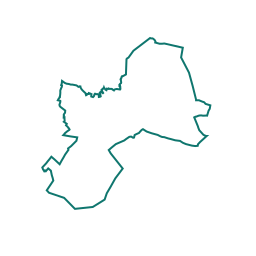 outline of Njikoka, Anambra, Nigeria, rotated 198°
{"feature_id": "59680162B42022523568798", "entity_name": "Njikoka", "entity_type": "district", "adm_level": 2, "iso_a3": "NGA", "parent_name": "Nigeria", "parent_adm1": "Anambra", "projection": "albers", "projection_center": [7.011, 6.187], "detail": "fine", "context": "isolated", "style": "outline", "palette": "teal", "viewbox_px": 256, "rotation_deg": 198, "n_neighbors": 0, "source": "geoboundaries", "source_scale": "gbopen_adm2", "svg_char_len": 3615}
<svg xmlns="http://www.w3.org/2000/svg" viewBox="0 0 256 256"><g transform="rotate(198 128 128)"><path d="M100.7,221.3L119.5,219.6L121.6,218.7L123.9,217.9L128.5,217.7L128.5,218.6L129.7,219.8L131.4,220.6L132.4,220.8L133.9,220.3L134.8,220.4L146.7,203.2L149.3,195.1L150.3,194.0L150.7,193.0L146.5,178.3L148.9,175.7L149.6,175.5L149.7,175.0L149.9,174.5L149.7,174.0L149.7,173.6L150.1,172.8L149.8,172.2L150.0,171.7L149.5,171.2L149.0,170.1L148.6,169.4L148.5,168.5L149.1,167.7L149.5,166.4L148.8,166.1L148.7,165.9L149.0,165.7L149.1,165.4L149.0,165.0L147.9,164.5L147.9,164.2L147.8,163.4L147.3,162.9L147.4,162.2L147.7,162.1L148.6,162.0L149.5,161.8L150.5,161.7L151.4,161.3L152.3,160.7L152.8,160.3L153.0,159.4L154.0,159.7L154.5,159.7L155.0,160.1L155.9,160.1L156.7,159.8L157.5,159.5L158.6,159.6L158.7,159.1L159.0,159.0L160.2,158.9L160.2,157.3L161.3,157.5L162.4,158.4L162.9,158.5L163.4,159.1L163.4,158.3L164.1,157.7L163.9,157.5L164.2,157.0L164.9,156.0L164.4,155.5L163.3,154.4L162.4,153.6L161.9,153.1L162.5,153.3L163.6,153.7L164.5,154.1L164.9,154.3L165.8,152.9L165.7,152.4L165.1,152.1L164.8,151.5L164.3,150.7L164.0,150.1L163.9,149.9L164.3,149.8L164.3,149.6L164.0,149.4L164.3,149.0L165.3,148.5L165.8,149.6L166.3,150.9L166.8,150.8L167.4,150.8L168.7,150.3L169.2,150.5L170.0,150.4L170.3,149.6L170.2,148.2L170.3,147.6L170.8,146.6L172.7,146.6L172.8,146.8L173.0,147.8L173.2,148.5L173.2,148.9L174.7,149.1L176.0,149.1L175.8,148.2L176.7,148.0L177.4,147.7L177.5,146.6L178.0,146.2L179.2,148.0L179.5,148.2L180.1,148.4L183.0,149.8L184.4,150.7L186.0,152.2L186.1,152.8L186.7,152.8L187.1,152.3L187.9,151.8L189.1,152.3L190.2,152.6L194.2,152.1L195.8,151.6L196.4,151.6L197.3,151.6L199.0,151.4L199.6,151.2L200.5,151.2L201.9,151.3L203.2,151.7L204.3,152.1L205.3,152.4L204.7,149.5L204.8,148.8L204.8,148.1L203.9,148.0L203.8,147.3L203.7,146.8L203.7,146.2L203.8,145.7L203.9,145.1L203.9,144.2L204.0,143.3L203.9,142.4L203.7,141.9L203.5,141.3L203.3,140.8L202.8,138.7L202.5,137.1L202.3,136.4L202.6,136.2L202.5,135.7L203.0,134.5L203.3,132.7L200.8,132.9L200.5,132.2L200.4,131.7L200.4,130.1L200.4,128.9L199.8,127.9L198.8,127.2L193.1,125.2L192.6,123.1L193.1,121.6L193.2,120.6L193.0,120.2L192.8,120.1L192.6,118.7L192.4,118.1L191.7,118.5L191.3,117.3L190.8,116.0L190.5,115.3L190.5,114.8L190.6,114.6L190.9,114.1L189.2,113.6L187.5,113.0L187.8,111.4L187.3,111.2L185.3,110.2L184.7,109.6L184.2,109.5L183.1,108.5L183.2,108.1L184.0,107.1L184.3,106.7L184.9,105.9L185.5,104.9L186.2,103.9L186.7,102.6L187.3,101.2L180.3,102.2L173.4,103.4L173.1,99.9L176.5,93.2L178.7,90.0L177.9,88.8L179.6,83.3L180.2,80.2L181.1,76.2L181.8,72.4L188.0,75.3L192.0,77.0L193.1,73.9L194.1,71.4L194.9,69.1L197.3,64.0L196.1,62.5L194.3,61.0L193.8,62.0L192.8,61.5L191.4,64.9L188.2,63.6L185.9,59.6L184.2,57.2L182.8,54.9L186.0,43.6L184.3,42.7L183.4,42.1L182.8,42.0L167.1,41.8L153.5,34.7L137.1,42.0L128.1,52.7L128.0,59.4L126.4,66.6L124.5,76.2L120.5,87.8L136.6,98.5L139.5,101.1L137.3,104.7L134.6,108.9L127.7,115.0L126.4,116.9L124.0,120.0L122.4,120.8L120.1,120.3L119.3,120.8L119.5,123.4L118.2,124.7L116.0,126.7L115.6,127.8L114.4,130.4L113.4,131.5L109.2,130.4L103.9,130.3L97.6,130.6L94.7,130.1L92.8,130.0L90.7,130.5L86.6,130.5L83.9,130.7L79.3,130.9L74.5,131.8L71.3,130.9L67.9,130.6L61.8,131.0L58.5,131.6L56.2,132.6L56.4,134.2L55.2,136.8L50.7,144.7L51.3,144.5L54.1,144.8L59.5,147.9L61.4,150.2L61.8,150.9L68.3,158.6L67.3,159.6L66.6,159.9L64.7,161.5L63.6,162.1L62.3,162.6L60.4,162.9L57.5,164.0L56.6,164.2L56.7,169.5L56.2,171.5L56.7,175.0L61.7,174.9L63.3,175.9L64.1,176.1L65.0,176.0L69.1,176.3L71.8,175.4L71.9,175.8L79.4,187.8L87.1,199.5L99.3,211.5L100.7,221.3Z" fill="none" stroke="#0f766e" stroke-width="2"/></g></svg>